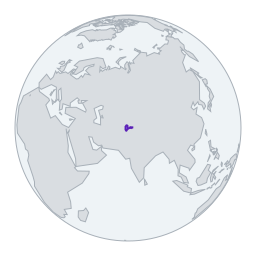 Badakhshan highlighted on a globe, orthographic projection
{"feature_id": "AFG-1760", "entity_name": "Badakhshan", "entity_type": "Province", "adm_level": 1, "iso_a3": "AFG", "parent_name": "Afghanistan", "parent_adm1": "", "projection": "orthographic", "projection_center": [71.727, 36.958], "detail": "fine", "context": "on_globe", "style": "filled", "palette": "violet", "viewbox_px": 256, "rotation_deg": 0, "n_neighbors": 0, "source": "natural_earth", "source_scale": "10m", "svg_char_len": 12050}
<svg xmlns="http://www.w3.org/2000/svg" viewBox="0 0 256 256"><circle cx="128" cy="128" r="113" fill="#eef3f6" stroke="#a8b0b8"/><path d="M151.6,17.9L153.9,19.4L162.4,23.7L167.7,25.5L164.5,25.0L176.4,29.1L182.7,33.1L173.9,28.4L171.7,27.9L175.2,30.3L173.7,30.3L174.5,31.5L172.5,31.4L167.5,29.0L166.1,29.0L168.6,30.8L168.1,32.0L164.6,29.4L163.4,31.3L154.9,28.3L147.2,22.5L140.8,21.9L128.5,18.9L127.9,19.5L122.9,19.2L120.4,19.9L118.9,19.4L118.2,20.5L120.2,20.8L120.5,21.4L119.2,22.0L117.0,21.3L117.3,21.0L116.0,21.1L115.4,20.6L115.0,21.2L112.4,20.5L113.0,22.0L109.4,22.2L108.2,21.6L110.8,20.5L114.7,17.4L114.3,16.9L111.2,17.1L99.8,19.4L98.3,19.5L94.5,20.5L94.1,20.8L97.0,20.1L95.3,21.2L99.0,20.6L98.9,21.0L101.7,21.1L98.5,22.4L93.9,23.7L91.5,23.7L89.4,24.4L89.5,25.6L82.7,27.2L74.5,31.2L73.1,31.7L74.3,30.0L79.9,26.6L81.4,25.4L77.6,27.6L74.1,29.2L72.3,30.2L70.9,31.1L71.1,31.1L69.3,32.1L72.0,30.3L74.0,29.1L73.1,29.7L75.7,28.2L75.8,28.2L83.6,24.5L91.7,21.4L100.0,18.9L108.5,17.1L117.1,15.9L125.7,15.4L134.4,15.5L143.0,16.4L151.6,17.9ZM156.0,19.1L154.3,18.7L154.9,18.6L155.7,18.9L156.0,19.1ZM171.9,27.0L169.8,25.8L172.3,27.0L171.9,27.0ZM175.0,31.7L176.1,32.1L176.1,32.6L175.0,31.7ZM103.3,20.4L102.5,20.8L102.4,20.6L103.3,20.4ZM105.2,20.2L105.6,19.8L106.6,19.6L106.3,19.9L105.2,20.2ZM172.9,33.0L172.5,33.9L172.0,32.6L172.9,33.0ZM104.5,20.9L108.3,19.5L110.0,19.3L110.4,20.2L104.5,20.9ZM171.8,34.1L171.0,36.5L173.2,37.5L166.4,36.4L169.3,34.5L168.3,32.7L170.2,33.9L171.8,34.1ZM121.3,20.7L119.2,20.3L122.2,20.2L121.3,20.7ZM123.1,20.5L131.6,19.5L134.1,20.5L130.7,20.5L134.9,21.6L131.9,22.5L128.9,22.1L127.9,21.2L127.6,22.3L123.1,20.5ZM162.7,35.5L161.8,35.9L161.8,35.1L162.7,35.5ZM120.9,21.7L122.4,21.3L124.6,22.1L122.0,23.0L122.2,22.4L120.9,21.7ZM137.4,21.5L138.6,22.4L136.5,23.3L136.7,23.8L132.0,22.6L137.4,21.5ZM121.0,22.5L120.7,23.4L118.4,23.6L119.6,22.1L121.0,22.5ZM126.3,22.0L127.3,22.4L125.9,22.5L126.3,22.0ZM110.4,25.1L112.1,24.4L113.4,24.7L110.4,25.1ZM120.7,23.8L121.5,23.7L122.2,23.8L121.5,24.5L120.7,23.8ZM130.9,23.4L129.8,23.7L132.7,23.9L131.3,24.8L128.4,23.9L129.0,24.6L128.6,24.9L126.7,23.9L130.9,23.4ZM123.0,25.5L118.8,24.9L115.3,25.9L114.0,25.6L120.0,24.1L123.0,25.5ZM125.4,24.6L123.6,25.1L122.9,24.4L123.7,23.6L125.4,24.6ZM131.3,25.7L134.3,24.6L134.8,24.9L131.3,25.7ZM122.1,25.9L123.1,26.0L121.9,26.0L122.1,25.9ZM128.6,25.9L129.6,25.4L130.2,25.7L128.6,25.9ZM124.4,26.8L123.0,26.6L123.5,26.0L124.4,26.8ZM126.4,26.5L127.0,27.0L124.5,26.0L126.8,26.2L126.4,26.5ZM129.0,26.2L129.7,26.3L128.5,26.4L129.0,26.2ZM123.3,29.1L120.0,28.0L121.1,26.7L124.1,28.0L123.3,29.1ZM16.9,124.9L19.1,105.9L21.0,102.4L23.5,95.9L38.7,87.1L39.5,91.5L48.8,98.5L49.5,100.5L45.8,104.9L50.7,118.1L55.3,115.6L62.3,124.5L68.6,127.5L75.4,118.5L65.1,113.3L65.9,107.4L76.2,107.3L85.6,112.1L86.2,110.0L82.5,103.1L86.8,100.6L81.4,100.5L82.0,103.2L78.6,103.3L77.9,100.9L79.4,100.0L77.2,97.8L70.3,102.9L70.2,106.3L63.0,103.7L62.1,109.1L59.3,110.2L60.0,101.4L61.6,99.1L60.9,88.2L58.6,90.3L59.0,100.9L57.9,99.3L54.7,102.7L56.3,98.8L56.4,87.2L51.4,84.6L41.2,89.3L39.1,87.4L39.1,82.8L46.6,74.2L50.5,79.6L53.2,77.1L55.7,71.0L56.7,73.3L58.2,71.6L60.0,73.5L65.7,71.9L68.0,73.5L73.4,69.0L75.3,69.3L71.6,71.8L70.2,74.6L76.3,79.0L78.4,78.7L81.4,75.5L82.7,77.3L84.9,73.7L89.9,74.9L85.6,70.6L89.0,67.2L93.7,66.0L94.1,64.3L86.3,66.3L84.0,67.8L83.2,70.3L76.0,74.5L73.2,73.9L77.8,67.0L74.3,65.5L79.4,61.1L97.2,57.7L103.0,58.6L106.0,67.2L102.8,68.8L100.2,66.4L99.7,71.7L101.1,69.8L102.2,71.4L105.8,69.0L106.7,70.0L108.5,66.0L110.0,67.1L108.9,69.6L115.4,67.3L119.5,68.9L120.5,67.9L120.5,66.4L125.6,69.7L126.2,68.9L124.7,67.4L124.8,64.8L127.0,61.7L128.6,63.0L128.1,64.3L129.4,69.2L127.6,72.8L128.6,73.0L130.5,70.3L128.9,64.2L129.7,62.0L130.9,64.6L130.6,63.5L131.5,62.8L134.0,63.4L132.8,60.5L140.9,52.2L146.6,52.9L146.8,56.0L154.2,52.6L160.0,54.3L158.6,52.9L161.2,50.7L159.4,50.1L159.0,49.2L164.9,44.0L167.6,44.1L168.5,40.8L167.8,40.1L165.9,39.9L166.4,36.4L173.2,37.5L174.5,38.8L177.9,38.8L180.3,42.1L183.9,45.1L184.5,49.1L187.3,51.3L188.3,51.1L192.8,54.1L198.6,61.7L189.4,56.5L179.9,46.6L183.4,50.6L181.2,50.0L181.7,51.8L184.2,54.7L185.4,54.8L182.6,62.5L186.2,72.0L189.2,69.7L192.7,71.3L199.4,81.6L199.6,99.7L204.3,103.1L205.6,106.2L203.9,109.4L201.9,104.9L198.8,104.5L197.9,101.7L194.5,105.8L193.1,102.0L191.1,107.4L193.6,109.8L197.1,107.4L196.0,114.1L201.6,117.6L204.0,123.8L200.4,137.9L194.1,144.1L194.1,146.3L190.7,145.1L187.5,150.3L194.9,159.3L195.1,162.4L189.4,170.4L189.0,168.2L180.1,165.1L179.3,172.8L186.1,177.0L188.5,183.1L183.7,182.4L181.2,177.1L178.0,175.8L178.2,169.3L174.3,160.3L169.4,163.3L169.1,159.3L163.0,152.0L155.6,155.8L144.2,167.7L143.7,177.8L139.3,182.3L131.4,168.3L129.7,158.3L125.7,159.2L118.5,150.3L102.9,148.0L101.7,145.1L98.5,145.8L93.6,142.1L92.1,137.2L88.7,136.7L92.9,149.5L96.7,150.1L101.3,146.5L101.6,150.7L106.5,155.1L97.5,163.4L76.0,166.5L75.6,158.7L68.0,133.3L69.2,131.2L69.3,130.9L69.3,130.3L66.8,133.6L66.1,128.6L68.3,145.8L67.9,152.3L75.7,166.9L74.5,167.7L77.5,171.0L89.2,171.2L88.9,173.6L82.3,183.1L67.6,192.2L70.6,201.7L71.2,208.4L64.3,209.4L67.2,214.6L63.9,214.4L65.2,216.8L63.9,217.8L60.8,217.3L53.2,212.0L50.9,209.5L44.4,202.3L34.5,186.2L34.5,181.8L33.0,176.4L27.7,160.6L28.8,155.0L27.8,150.9L25.5,149.0L24.6,144.0L23.4,142.3L17.5,133.2L16.9,124.9ZM30.7,94.5L29.6,96.2L30.7,94.5ZM93.8,122.7L100.6,124.9L100.5,117.6L103.1,117.9L102.2,115.4L100.5,117.0L98.6,110.3L102.6,109.2L103.3,106.2L101.1,105.3L94.1,108.5L96.7,118.0L93.9,120.2L93.8,122.7ZM73.9,29.3L73.6,29.5L71.9,30.5L72.3,30.2L73.9,29.3ZM67.3,34.5L64.5,36.0L66.7,34.6L66.6,34.4L71.1,31.3L72.6,31.8L71.1,32.0L67.3,34.5ZM77.6,27.8L74.5,29.4L77.8,27.7L77.6,27.8ZM64.7,61.3L64.3,63.2L62.0,64.6L59.1,63.3L62.3,61.3L64.7,61.3ZM64.1,65.7L69.4,59.6L71.4,60.4L69.4,61.0L70.2,62.1L67.2,63.3L63.9,70.4L61.7,72.1L57.5,68.3L60.1,68.5L60.4,66.5L64.1,65.7ZM79.4,45.0L81.7,43.1L83.1,47.3L80.8,48.7L77.7,47.2L78.7,44.8L79.4,45.0ZM104.4,23.1L105.2,22.6L105.9,22.7L105.7,23.2L104.4,23.1ZM111.1,24.7L101.6,25.8L102.0,25.2L95.9,26.9L94.7,26.0L98.7,24.8L93.2,25.6L96.3,24.2L92.5,24.9L101.5,22.5L104.0,21.5L101.6,22.9L102.7,23.7L103.9,23.8L109.3,23.3L115.3,21.8L117.3,22.6L117.2,23.6L116.0,24.1L115.1,23.4L114.2,24.5L112.0,23.9L111.1,24.7ZM113.8,38.3L113.1,36.7L111.0,40.1L108.8,39.0L108.7,39.4L106.0,39.4L102.6,40.3L102.0,39.5L100.9,40.2L99.2,40.3L97.5,41.0L95.8,40.0L93.6,40.9L94.0,39.9L90.8,41.7L92.4,39.9L90.3,40.1L89.8,41.7L84.5,35.8L81.0,35.1L77.2,35.7L80.5,32.9L86.2,30.8L92.5,29.7L95.4,30.9L96.4,29.6L98.1,29.9L96.6,30.8L99.9,29.6L100.9,30.1L106.5,29.9L110.6,28.1L112.8,28.1L111.7,29.1L114.6,28.4L114.0,30.3L115.5,30.5L116.4,32.6L113.3,34.6L115.3,34.6L116.1,36.4L113.8,38.3ZM123.4,29.7L120.3,32.1L117.5,32.7L117.1,28.8L115.8,28.5L115.5,26.3L119.5,25.5L119.2,26.2L119.9,26.7L118.4,26.7L120.1,27.0L119.8,28.0L121.1,28.6L119.7,29.2L123.4,29.7ZM51.9,99.7L52.8,100.8L54.5,101.9L52.5,104.2L51.9,99.7ZM51.8,91.8L52.8,92.2L50.9,95.7L50.0,94.7L51.8,91.8ZM55.0,89.6L53.0,92.0L53.6,90.1L55.0,89.6ZM72.7,72.1L74.0,72.5L73.4,73.4L72.0,74.2L72.7,72.1ZM107.0,49.3L107.1,48.0L107.9,47.9L110.3,45.3L112.1,46.1L111.4,48.0L107.0,49.3ZM72.7,119.4L69.9,120.4L69.4,119.0L70.5,118.9L72.7,119.4ZM60.0,112.2L62.1,115.2L59.4,112.9L60.0,112.2ZM109.5,49.8L110.2,48.6L110.7,49.7L109.5,49.8ZM113.6,46.6L114.4,47.7L112.6,45.9L113.6,46.6ZM124.4,240.3L126.2,240.4L124.2,240.4L124.4,240.3ZM88.6,212.5L85.4,221.8L80.6,220.4L78.2,217.0L78.4,210.9L83.6,210.5L85.8,208.0L88.6,212.5ZM209.6,188.3L211.8,187.3L211.6,187.7L209.6,188.3ZM207.3,188.3L210.0,186.9L206.7,189.4L207.3,188.3ZM211.0,186.4L213.7,184.0L214.9,182.7L214.6,183.6L211.0,186.4ZM205.4,189.3L194.5,194.1L190.0,194.7L191.2,192.9L198.5,190.4L205.4,189.3ZM190.8,193.0L183.7,191.2L172.8,181.2L176.7,180.5L187.9,185.2L187.2,186.7L191.5,188.6L190.8,193.0ZM207.4,178.3L206.6,182.5L200.8,185.0L198.0,185.5L196.1,181.3L197.2,178.2L199.5,177.4L207.6,164.3L210.6,165.1L208.3,170.2L210.7,172.5L207.4,178.3ZM144.3,178.7L147.3,184.1L144.8,185.2L144.3,178.7ZM210.2,156.1L207.4,161.9L209.8,154.9L210.2,156.1ZM211.3,149.9L211.8,151.9L210.2,150.6L211.3,149.9ZM194.6,149.3L192.2,150.8L191.8,149.2L194.7,146.5L194.6,149.3ZM205.7,129.1L206.9,133.7L206.9,135.5L205.2,133.3L205.7,129.1ZM126.3,56.7L121.0,59.2L118.4,61.9L118.9,64.7L116.0,62.0L120.0,57.8L126.3,56.7ZM139.0,52.5L138.5,50.3L140.2,50.8L140.5,51.3L139.0,52.5ZM137.6,51.6L134.3,50.0L135.0,48.4L137.5,50.0L137.6,51.6ZM121.7,49.4L120.0,50.1L119.7,49.1L121.7,49.4ZM211.8,203.3L210.8,204.2L194.7,218.0L191.9,219.4L194.3,217.1L195.2,213.1L196.2,212.6L197.7,208.9L208.2,200.0L216.3,188.7L220.2,186.0L224.3,178.0L227.7,174.7L225.6,180.2L227.8,179.0L232.5,166.6L230.7,174.2L226.9,182.0L222.4,189.5L217.4,196.6L211.8,203.3ZM215.0,185.3L218.4,180.4L220.0,179.0L215.0,185.3ZM239.4,144.7L239.4,144.4L239.4,144.7ZM236.2,155.7L236.7,157.3L235.7,159.7L234.8,159.6L233.0,164.5L229.7,168.5L230.8,165.8L230.6,163.7L226.5,166.9L225.7,166.0L227.4,163.3L224.3,164.6L227.7,160.7L228.8,163.2L230.6,158.5L233.2,156.0L235.4,154.0L236.6,153.9L236.2,155.7ZM227.2,168.8L227.8,168.3L227.2,169.9L227.2,168.8ZM239.3,144.5L239.4,144.9L239.3,145.5L239.2,145.9L239.3,144.5ZM237.0,152.6L238.6,146.5L238.8,145.8L237.7,151.3L237.0,152.6ZM238.4,145.3L238.9,144.2L239.0,145.1L238.9,145.9L238.4,145.3ZM220.4,171.4L220.2,172.6L219.3,172.5L220.4,171.4ZM221.7,169.9L224.4,168.7L221.4,171.0L221.7,169.9ZM212.3,172.5L213.3,174.4L216.3,171.0L214.0,174.7L215.8,177.4L215.0,179.3L213.2,176.3L212.2,181.2L210.9,181.9L210.3,178.5L211.8,173.0L213.2,170.2L218.5,166.0L212.3,172.5ZM221.8,166.9L221.0,164.6L221.5,162.2L222.4,163.1L221.8,166.9ZM218.3,159.2L215.8,157.1L213.9,159.7L217.4,152.3L219.3,155.5L218.3,159.2ZM215.6,152.7L213.9,155.1L215.5,151.0L215.6,152.7ZM213.2,154.3L212.6,151.9L214.2,151.3L213.2,154.3ZM216.6,152.2L216.4,147.8L217.5,149.8L216.6,152.2ZM211.0,146.7L215.1,148.8L210.4,149.7L208.6,141.6L210.5,140.3L211.0,146.7ZM211.1,106.7L209.8,104.6L211.0,103.0L211.6,104.9L211.1,106.7ZM213.7,96.5L210.9,101.9L208.4,106.6L209.9,106.9L210.7,111.5L207.6,108.9L208.2,102.7L210.4,99.9L209.2,96.2L209.9,92.5L207.4,88.6L207.2,86.2L210.1,89.0L213.7,96.5ZM206.3,87.1L202.2,79.8L205.2,78.7L206.8,80.1L207.4,83.8L205.8,84.1L206.3,87.1ZM202.1,77.8L200.5,78.1L191.2,69.7L190.0,67.7L198.7,73.1L197.6,73.8L199.4,76.2L202.1,77.8ZM162.9,36.4L161.9,35.9L163.1,36.0L162.9,36.4ZM157.9,49.0L157.5,47.9L158.9,47.9L157.9,49.0ZM157.1,45.0L155.8,45.7L156.5,44.3L157.1,45.0ZM152.9,47.4L154.9,45.7L154.0,48.2L152.9,47.4Z" fill="#d9dde1" stroke="#a8b0b8" stroke-width="1"/><path d="M132.8,127.4L132.7,127.3L132.4,127.4L132.3,127.5L132.2,127.5L132.3,127.7L132.4,127.8L132.2,127.9L132.0,128.0L131.9,128.1L131.7,128.1L131.4,128.1L131.2,128.1L130.8,128.1L130.7,128.1L130.4,128.2L130.1,128.2L129.9,128.2L129.7,128.2L129.4,128.2L129.3,128.3L129.2,128.3L128.9,128.4L128.8,128.5L128.7,128.5L128.4,128.8L128.2,128.9L128.1,129.0L127.9,129.0L127.7,129.2L127.7,129.3L127.5,129.5L127.4,129.5L127.2,129.6L127.1,129.8L127.0,130.0L126.9,130.2L126.9,130.3L126.9,130.5L126.7,130.6L126.6,130.8L126.4,130.9L126.2,131.0L126.1,130.9L126.1,130.7L125.9,130.5L125.7,130.5L125.6,130.4L125.7,130.2L125.8,130.1L126.0,129.9L125.9,129.8L126.0,129.8L126.0,129.7L126.0,129.3L125.9,129.3L125.7,129.2L125.4,129.0L125.3,128.9L125.3,128.6L125.3,128.0L125.4,127.9L125.5,127.8L125.4,127.7L125.3,127.4L125.3,127.2L125.3,126.8L125.5,126.8L125.6,126.7L125.8,126.5L125.7,126.4L125.6,126.2L125.8,126.0L125.8,125.9L126.0,125.8L126.0,125.7L126.2,125.4L126.3,125.3L126.3,125.2L126.5,125.1L126.8,125.1L127.0,125.1L127.2,125.3L127.3,125.4L127.4,125.5L127.4,125.8L127.3,126.0L127.5,126.1L127.8,126.1L127.8,126.3L127.7,126.4L127.7,126.5L127.6,126.8L127.7,127.0L127.6,127.3L127.6,127.5L127.5,127.8L127.6,128.0L127.7,128.3L127.8,128.4L127.8,128.5L128.0,128.5L128.6,128.2L128.8,128.0L129.0,127.9L129.5,127.9L129.5,127.7L129.7,127.4L129.8,127.4L130.0,127.3L130.1,127.2L130.3,127.1L130.5,127.0L130.7,126.9L130.9,127.0L131.0,127.0L131.1,127.3L130.9,127.3L131.0,127.4L131.1,127.5L131.1,127.4L131.3,127.4L131.5,127.3L131.8,127.2L132.0,127.1L132.3,127.1L132.5,127.1L132.8,127.2L132.9,127.4L133.0,127.4L132.8,127.4L132.8,127.4Z" fill="#8b5cf6" stroke="#5b21b6" stroke-width="1.5"/></svg>